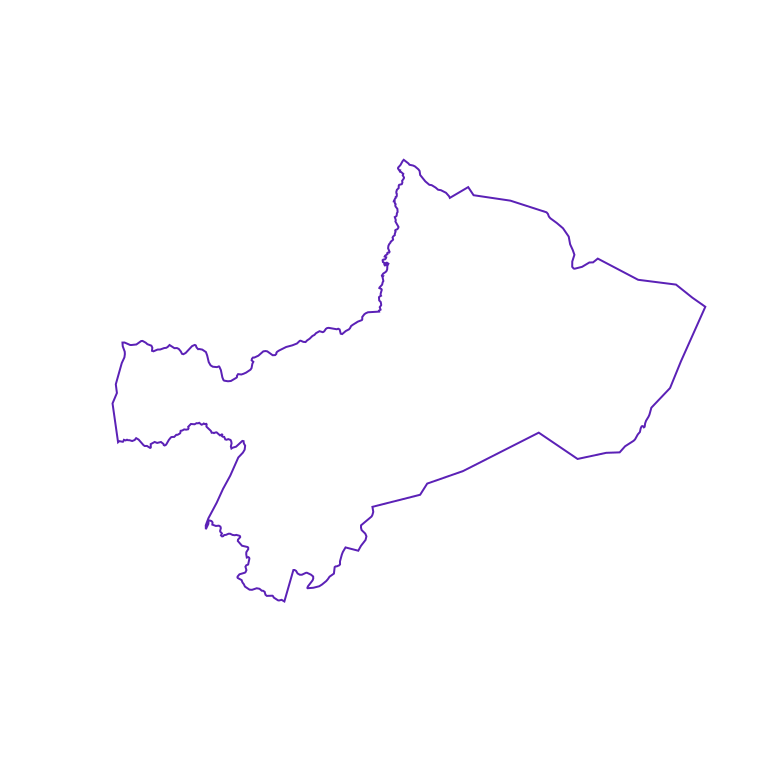 the district of Mossurize, Manica, Mozambique, rotated 214°
{"feature_id": "85939544B24800488676804", "entity_name": "Mossurize", "entity_type": "district", "adm_level": 2, "iso_a3": "MOZ", "parent_name": "Mozambique", "parent_adm1": "Manica", "projection": "natural_earth1", "projection_center": [33.088, -20.472], "detail": "fine", "context": "isolated", "style": "outline", "palette": "violet", "viewbox_px": 768, "rotation_deg": 214, "n_neighbors": 0, "source": "geoboundaries", "source_scale": "gbopen_adm2", "svg_char_len": 6166}
<svg xmlns="http://www.w3.org/2000/svg" viewBox="0 0 768 768"><g transform="rotate(214 384 384)"><path d="M571.9,187.0L571.5,188.6L568.3,190.0L568.0,190.4L568.4,192.3L566.6,192.8L565.9,194.1L564.9,194.2L563.5,195.1L560.9,195.9L559.4,198.1L559.2,200.5L556.4,200.7L549.1,198.8L547.7,198.8L545.9,200.1L542.3,200.2L541.9,200.5L541.9,201.1L543.8,203.7L541.7,207.7L539.1,208.3L536.5,211.2L533.4,211.0L532.4,210.2L531.4,210.4L530.7,211.9L531.1,217.4L530.8,220.6L530.3,221.4L528.3,222.9L527.8,225.7L526.7,226.5L525.7,228.5L525.5,229.4L526.4,231.5L525.2,232.7L524.3,234.6L522.5,235.5L521.1,236.9L521.3,238.1L522.4,239.0L521.7,242.9L518.5,244.7L517.5,246.7L516.2,247.4L515.5,248.5L512.6,248.2L511.8,249.1L511.3,250.5L510.3,250.5L509.0,251.6L508.4,251.3L507.7,249.7L507.1,249.3L501.3,248.3L499.6,247.2L498.6,248.0L497.5,248.2L496.7,249.5L495.7,250.3L491.3,249.7L490.2,251.6L489.8,251.6L489.3,250.2L488.3,250.1L486.9,250.8L484.6,249.3L483.3,249.8L482.3,251.2L480.0,251.8L478.7,251.1L477.2,249.6L476.0,246.5L474.4,245.2L473.9,246.5L471.6,249.3L469.6,257.6L468.5,258.1L467.0,256.4L464.6,255.2L462.8,251.6L462.6,248.2L463.7,241.6L460.2,222.0L458.8,207.0L456.3,192.0L454.5,174.5L452.7,167.1L450.5,164.0L451.4,169.8L452.8,172.2L452.6,173.1L452.1,173.4L450.4,173.9L449.2,173.6L448.6,173.2L447.7,171.4L444.0,172.3L441.7,174.2L439.9,174.3L438.7,173.3L437.7,170.5L437.1,170.0L434.8,169.5L434.5,167.3L433.0,167.1L432.2,168.0L432.0,169.5L430.7,170.5L429.1,173.0L427.9,173.8L425.1,174.2L423.1,175.2L422.1,176.3L418.8,177.4L418.1,177.2L417.6,176.6L418.0,173.3L417.4,172.1L411.3,170.5L406.1,172.5L405.2,172.5L404.2,171.2L404.1,167.6L403.0,165.8L400.7,163.4L399.7,164.6L398.7,164.6L397.9,163.9L395.7,158.4L396.8,156.7L396.7,155.0L394.0,152.8L393.6,150.6L393.8,149.8L397.4,145.4L397.7,142.7L397.5,141.9L396.8,141.4L392.4,141.8L390.3,140.3L388.4,139.7L386.0,138.3L380.5,138.3L378.3,139.6L375.3,143.5L372.7,144.6L369.7,144.3L368.8,144.9L366.8,145.0L364.4,143.0L362.7,142.8L358.1,146.1L357.2,146.0L356.0,145.3L350.9,145.4L350.0,145.8L348.2,147.8L345.0,148.0L355.1,179.1L354.1,179.8L352.4,179.9L349.7,178.6L347.1,178.8L345.4,180.0L343.2,183.7L342.4,184.4L337.9,185.1L335.1,184.8L333.9,183.2L333.4,181.3L333.9,173.7L333.5,172.1L333.1,172.0L328.6,175.6L324.6,180.1L323.3,183.0L321.7,188.3L321.4,190.8L321.4,193.8L319.5,198.8L322.5,204.6L322.2,205.6L321.2,206.4L319.7,208.7L319.6,209.9L321.3,212.3L323.6,219.1L324.2,221.8L324.5,227.0L312.1,231.4L312.6,236.9L312.1,244.4L313.4,247.9L315.9,249.5L320.9,250.4L322.7,252.0L324.0,254.0L320.2,267.2L320.4,269.0L321.4,272.0L324.9,275.7L292.1,312.4L292.5,325.6L269.8,356.0L228.5,430.2L181.6,430.1L161.3,451.2L150.4,459.1L149.3,467.2L145.3,476.5L144.9,478.5L145.4,484.1L145.0,487.3L146.4,490.8L146.7,492.8L146.4,493.5L145.4,493.8L144.3,493.4L144.0,494.3L145.5,497.4L146.2,500.1L146.4,504.7L146.8,507.0L149.1,513.9L144.6,540.6L150.5,568.8L160.8,627.7L176.7,628.0L197.5,629.7L231.6,612.5L276.9,607.5L278.7,601.7L281.7,599.6L285.3,591.9L290.4,586.2L291.4,585.8L293.5,586.4L296.4,590.8L298.4,597.6L302.4,600.6L307.8,603.9L313.3,609.5L322.7,613.2L330.8,614.1L338.7,614.4L340.9,615.0L343.3,616.7L345.3,617.2L381.7,606.7L415.3,590.6L424.3,594.3L433.5,575.1L434.9,576.0L439.5,577.2L445.2,576.5L447.8,575.3L451.0,575.7L455.7,575.5L457.8,574.5L463.1,575.1L470.9,577.5L473.6,580.5L475.5,581.2L480.0,581.7L482.0,581.4L485.5,580.0L487.0,580.5L493.0,580.9L493.2,579.3L492.8,574.7L493.3,571.4L492.9,570.5L491.3,569.8L490.1,570.2L489.8,569.1L489.2,568.9L488.4,569.3L485.5,569.0L485.2,567.5L482.9,566.4L482.5,565.5L482.6,562.6L481.4,561.3L481.0,559.6L482.8,557.6L482.7,556.7L481.4,554.6L481.9,552.2L481.2,550.1L480.4,549.1L479.8,548.9L478.6,547.1L478.4,546.3L478.9,545.6L478.3,544.5L478.5,544.0L478.3,542.4L477.9,542.1L478.2,541.4L478.0,540.8L477.1,541.1L475.9,539.8L474.9,539.6L474.7,538.6L473.7,537.6L470.9,536.7L468.9,534.2L468.8,532.7L467.9,531.2L467.6,530.1L468.4,528.4L465.9,526.5L465.4,525.1L459.8,522.3L459.5,521.5L459.5,519.8L460.6,518.1L460.4,517.2L459.6,516.8L459.0,514.4L458.3,513.5L458.9,511.5L458.8,510.2L457.3,509.0L457.2,508.4L458.0,505.7L457.7,505.0L457.9,502.8L457.6,501.0L456.5,498.8L453.3,496.7L453.2,495.9L454.3,495.1L454.5,494.3L453.8,493.6L454.8,491.0L454.7,490.0L453.0,490.3L452.7,489.0L452.9,487.9L454.2,486.7L454.4,485.9L453.1,484.5L451.6,484.6L450.5,483.2L449.6,482.8L449.0,483.5L448.9,484.3L449.9,485.7L449.5,486.2L447.6,486.2L447.3,483.8L445.5,480.9L445.1,479.1L445.3,477.7L446.4,475.1L446.4,472.7L446.0,472.4L445.0,472.9L444.9,471.7L442.1,469.0L442.0,467.6L441.1,465.3L441.7,461.5L441.5,460.9L439.3,461.3L438.5,460.8L437.4,457.3L436.6,455.9L435.8,455.5L436.7,453.6L436.6,453.0L434.7,450.6L432.5,450.1L430.8,448.3L430.4,447.7L430.5,445.3L428.4,443.7L429.2,442.0L428.5,441.3L437.4,434.5L438.7,432.4L439.3,430.8L439.5,427.4L438.2,425.5L438.1,424.6L440.6,421.0L443.0,415.6L443.7,413.6L443.4,411.3L443.6,409.7L445.3,406.6L446.6,402.0L448.0,401.5L451.3,404.4L452.9,404.2L453.7,403.0L461.3,399.6L462.4,398.6L463.0,397.2L463.0,394.3L463.4,393.2L463.8,392.7L467.0,391.7L468.8,388.1L469.1,385.8L470.2,383.8L471.0,379.9L472.1,377.2L472.5,374.9L474.5,373.8L477.3,373.3L478.0,372.6L478.8,368.9L481.7,364.7L485.8,360.0L489.7,353.1L490.6,351.0L490.7,349.9L490.1,348.7L490.4,347.1L492.4,345.6L499.0,345.8L500.6,345.1L502.3,343.6L504.0,337.2L506.3,333.4L507.4,332.7L507.6,331.1L507.0,329.6L504.7,329.3L504.5,327.3L502.7,323.1L502.7,321.2L504.7,316.3L506.2,313.9L507.6,312.1L510.5,310.6L510.5,308.5L509.8,307.7L509.8,306.8L512.6,300.9L514.9,299.0L518.4,297.4L519.3,297.5L521.7,299.1L527.0,304.3L530.1,306.2L530.7,306.3L531.9,304.6L535.6,302.6L538.2,302.5L541.5,304.1L546.6,308.8L549.5,310.9L553.9,310.9L556.7,309.7L557.6,308.9L559.9,309.5L561.5,310.7L562.2,310.7L562.8,310.5L564.3,308.1L565.8,298.8L567.0,296.5L568.4,296.1L570.7,297.4L573.8,298.3L575.8,298.0L577.8,296.5L583.6,296.4L584.1,293.6L584.8,292.2L586.4,290.8L588.8,287.5L591.0,285.9L593.4,282.2L594.9,281.8L596.4,284.6L598.3,285.7L602.4,284.7L604.6,285.0L608.2,284.7L609.3,283.9L611.4,278.3L615.3,275.0L616.3,274.4L622.3,273.3L624.0,272.1L621.7,269.2L617.0,265.8L615.5,263.8L614.1,260.9L613.1,254.7L606.2,233.8L600.4,227.2L598.2,216.1L571.9,187.0Z" fill="none" stroke="#5b21b6" stroke-width="2"/></g></svg>